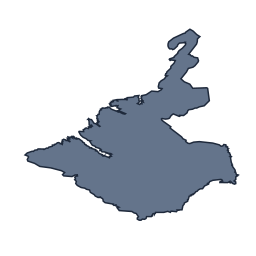 outline of Osterøy nor, Hordaland, Norway, rotated 355°
{"feature_id": "86288312B51144520840876", "entity_name": "Osterøy nor", "entity_type": "district", "adm_level": 2, "iso_a3": "NOR", "parent_name": "Norway", "parent_adm1": "Hordaland", "projection": "equal_earth", "projection_center": [5.572, 60.569], "detail": "fine", "context": "isolated", "style": "filled", "palette": "slate", "viewbox_px": 256, "rotation_deg": 355, "n_neighbors": 0, "source": "geoboundaries", "source_scale": "gbopen_adm2", "svg_char_len": 5902}
<svg xmlns="http://www.w3.org/2000/svg" viewBox="0 0 256 256"><g transform="rotate(355 128 128)"><path d="M207.6,43.2L204.7,41.0L201.4,37.2L198.3,35.0L193.6,37.7L193.2,38.5L191.4,38.7L181.2,42.4L176.1,45.7L175.2,47.8L175.0,49.8L175.5,51.6L176.6,52.9L178.5,52.9L179.3,53.8L181.0,53.3L184.4,50.6L184.8,49.4L186.6,47.9L191.2,47.9L191.7,47.5L192.5,47.6L192.0,48.2L192.9,48.7L192.5,50.2L189.1,53.3L185.6,55.4L184.2,57.1L184.2,57.8L180.2,60.9L180.0,61.7L175.4,62.8L175.1,63.3L175.9,64.4L177.0,64.0L181.0,64.9L179.5,67.5L176.1,70.3L175.8,72.2L171.7,75.4L171.1,76.9L170.3,77.2L169.7,78.8L171.7,79.5L169.9,80.4L168.7,82.1L165.1,83.9L163.0,85.7L161.8,89.3L162.0,90.9L165.4,91.7L164.5,92.8L161.1,94.4L154.8,93.3L149.0,96.4L144.3,97.0L143.9,97.8L144.5,97.9L143.5,99.9L144.5,100.6L144.0,101.6L145.4,102.3L145.1,102.7L145.4,103.4L143.3,102.4L144.0,105.0L142.6,104.8L141.7,105.6L139.5,104.5L141.1,103.5L141.7,102.4L141.2,101.3L141.6,99.7L140.8,98.4L141.7,96.6L137.3,96.7L136.1,97.7L129.9,97.7L129.9,98.2L128.1,98.5L130.1,100.1L128.3,99.4L124.3,99.0L119.9,98.8L120.1,100.2L119.2,99.8L119.3,98.8L115.5,99.2L115.7,100.3L114.2,100.1L114.5,100.7L112.1,101.0L112.7,101.2L112.4,101.7L113.0,101.7L112.9,102.4L111.7,102.4L112.5,104.3L113.1,104.1L113.0,104.8L113.6,105.1L118.0,104.6L118.0,105.1L119.9,104.9L118.8,106.8L122.3,108.4L120.4,109.3L120.3,110.0L126.8,113.5L126.1,113.9L123.9,113.2L120.1,110.8L119.8,111.1L120.3,111.5L119.7,111.3L118.7,110.6L119.4,110.5L119.1,109.9L117.5,110.0L112.9,107.7L111.2,105.6L109.5,105.4L109.5,106.1L107.7,105.9L107.1,106.3L104.2,105.8L104.2,106.3L102.4,106.8L102.8,107.6L101.7,107.9L100.9,109.1L100.4,111.8L99.4,111.8L98.5,113.1L97.9,113.1L98.3,113.8L97.8,116.0L98.8,116.5L98.3,117.4L99.3,118.7L98.4,118.7L99.0,119.7L97.7,119.9L98.1,120.9L97.3,121.1L100.2,123.8L99.8,124.0L96.4,121.0L94.5,120.3L92.4,116.5L90.4,116.0L89.6,115.1L88.9,115.8L89.5,115.8L89.5,116.5L88.9,116.8L89.4,116.8L89.8,117.8L89.6,121.6L91.6,122.3L92.0,122.0L92.5,123.0L91.7,123.0L91.6,123.7L90.8,123.3L90.9,123.0L89.0,123.4L89.6,124.0L89.0,123.9L88.6,125.1L86.3,124.3L85.1,124.7L84.8,125.5L83.3,125.7L83.5,127.7L79.1,127.1L78.7,127.6L80.2,130.9L82.4,133.3L85.6,135.2L87.0,136.8L89.3,137.5L88.6,137.7L90.9,142.0L93.7,143.4L94.1,144.3L97.9,145.9L98.7,146.6L98.3,147.2L98.8,147.2L98.5,147.7L99.1,147.8L98.8,148.1L99.4,148.1L100.0,149.5L102.2,149.7L104.8,150.8L104.4,151.1L108.7,152.0L109.2,152.4L107.1,152.4L108.7,153.3L108.6,154.1L107.7,154.4L108.5,154.8L107.1,155.2L106.9,156.0L102.5,153.8L101.3,153.8L101.7,153.4L100.8,153.6L100.3,152.4L99.4,152.5L99.4,152.0L97.1,150.9L95.3,148.2L94.4,148.2L94.2,147.3L93.6,147.5L93.6,146.6L89.9,145.2L90.0,144.5L88.2,144.5L88.4,144.1L86.7,142.7L84.9,141.8L84.9,141.2L83.5,140.5L83.2,139.1L81.6,138.2L81.5,137.4L78.1,134.4L76.6,134.0L76.6,134.5L75.4,134.5L75.5,133.5L73.4,133.8L74.0,133.6L73.8,132.4L73.2,132.4L73.0,131.6L71.5,131.5L72.0,133.2L70.3,132.0L68.9,132.2L67.4,131.6L67.5,133.1L69.1,133.4L69.0,133.9L67.0,133.3L67.3,133.7L66.7,133.6L66.5,134.7L68.8,136.0L69.3,136.9L66.8,135.2L65.2,135.1L64.6,134.3L62.9,133.6L61.4,134.4L61.9,135.7L61.0,135.9L60.8,136.9L61.4,137.3L60.6,137.8L61.2,137.8L61.1,138.6L57.8,136.5L56.3,136.6L54.2,138.0L53.3,137.9L53.0,138.6L51.2,138.4L51.1,139.6L47.4,140.2L46.4,141.2L45.1,140.9L42.9,141.9L41.9,141.2L42.8,142.3L41.2,141.5L36.5,141.0L35.9,141.8L33.1,142.0L31.7,143.1L30.5,142.8L25.4,144.1L23.1,145.9L25.9,147.3L26.4,148.2L24.9,150.6L25.3,152.2L31.9,155.1L36.8,158.6L47.6,161.0L57.9,164.7L61.0,166.8L58.7,168.8L59.8,170.1L68.0,171.5L71.2,170.2L73.4,170.2L73.5,171.4L72.5,171.4L70.7,172.4L71.3,174.2L70.4,174.8L71.9,176.7L71.1,178.8L72.5,180.8L76.1,183.2L79.8,184.2L81.2,185.4L84.3,186.4L84.9,188.8L88.5,191.4L89.4,192.9L92.0,194.5L93.7,194.4L93.4,194.7L94.6,194.8L96.4,196.1L96.9,197.0L96.9,198.7L98.7,200.4L106.5,202.5L106.2,202.8L107.3,203.9L109.2,203.6L109.0,204.4L112.0,206.1L110.2,206.5L112.1,209.5L124.6,211.5L126.6,213.1L128.8,213.9L130.7,217.3L129.4,218.4L129.3,219.6L131.1,220.8L132.9,221.0L134.3,220.0L136.6,220.4L138.1,219.7L138.8,217.9L143.5,218.3L144.8,217.6L145.0,217.0L144.4,217.0L145.4,215.6L146.6,215.5L146.8,216.0L146.9,215.5L147.7,215.5L148.1,214.5L156.2,215.2L160.3,214.5L162.9,215.7L163.5,214.7L164.4,214.7L169.0,215.6L170.0,214.3L170.6,214.3L170.3,214.0L174.7,214.2L175.9,210.2L177.2,208.9L177.6,207.6L181.0,206.2L181.1,204.7L181.7,204.7L183.0,201.3L184.9,201.0L184.9,200.5L186.1,200.2L185.5,200.0L188.8,198.7L189.9,197.4L191.3,197.1L192.8,195.7L194.9,194.9L197.0,195.0L199.2,192.4L203.4,190.9L203.4,190.4L202.4,190.5L202.8,190.4L202.5,190.1L204.0,189.6L204.7,188.5L208.0,187.5L215.9,187.3L216.9,187.6L217.6,189.0L215.1,189.3L214.8,190.3L222.6,191.1L224.7,190.1L224.5,191.1L224.9,191.5L225.5,191.6L226.1,190.8L227.5,192.4L229.2,193.2L230.5,192.8L230.6,191.1L229.1,190.0L230.9,188.7L231.1,186.1L232.9,185.2L232.1,185.0L232.1,184.3L232.7,184.1L231.9,183.9L231.4,181.4L230.6,181.2L231.1,180.2L230.9,179.0L228.8,175.5L228.8,174.0L228.2,174.0L228.4,172.5L227.9,171.3L227.5,166.2L228.3,165.7L227.6,165.3L228.2,165.2L227.5,164.5L227.6,163.1L226.9,162.6L227.0,161.6L225.6,160.8L226.1,159.5L225.1,158.8L226.1,157.6L225.5,157.6L225.6,155.9L224.5,155.4L225.1,155.2L223.9,154.2L224.0,153.3L222.0,152.8L220.9,154.1L219.2,154.3L217.4,152.7L211.1,150.4L197.9,147.8L192.2,147.8L188.2,148.9L186.3,148.4L184.3,146.5L184.8,145.3L181.8,143.5L180.6,141.5L169.9,131.7L170.8,130.5L164.1,124.8L162.4,123.1L162.1,121.9L162.7,121.5L166.1,122.4L168.7,122.3L170.2,121.8L172.0,119.4L174.3,117.9L180.1,120.9L180.7,120.7L180.6,119.9L184.5,120.4L188.1,118.1L189.2,115.8L190.2,115.1L193.9,114.9L196.5,114.0L198.3,114.1L201.0,113.1L205.9,112.5L211.4,107.9L210.8,95.5L210.0,94.8L196.0,94.1L193.4,89.7L188.1,86.9L185.0,83.6L191.1,77.3L193.3,73.9L198.0,73.1L200.1,71.8L203.5,68.4L204.1,67.2L203.5,64.2L200.0,63.3L198.5,61.8L197.4,61.8L196.3,60.4L194.8,59.9L203.6,50.4L204.5,48.2L205.0,45.2L207.6,43.2Z" fill="#64748b" stroke="#1e293b" stroke-width="1.5"/></g></svg>